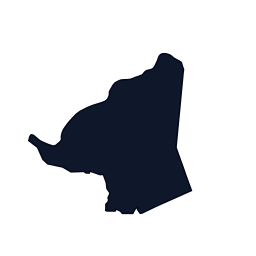 Avelino Lopes, Piauí, Brazil, rotated 206°
{"feature_id": "56859067B19976074520340", "entity_name": "Avelino Lopes", "entity_type": "district", "adm_level": 2, "iso_a3": "BRA", "parent_name": "Brazil", "parent_adm1": "Piauí", "projection": "mercator", "projection_center": [-43.895, -10.208], "detail": "fine", "context": "isolated", "style": "filled", "palette": "ink", "viewbox_px": 256, "rotation_deg": 206, "n_neighbors": 0, "source": "geoboundaries", "source_scale": "gbopen_adm2", "svg_char_len": 1707}
<svg xmlns="http://www.w3.org/2000/svg" viewBox="0 0 256 256"><g transform="rotate(206 128 128)"><path d="M211.7,73.2L200.8,71.0L190.7,62.5L184.4,60.6L169.7,64.3L160.0,63.6L153.0,67.3L148.7,69.6L146.0,69.2L143.1,70.5L143.2,72.6L132.8,73.8L129.8,75.4L123.6,69.5L120.3,64.3L115.7,61.7L115.5,60.2L115.3,58.9L115.5,57.5L115.1,56.1L114.2,55.4L113.8,54.4L113.6,53.2L113.6,52.0L114.4,50.6L114.2,49.0L113.2,47.3L112.4,45.5L111.9,44.2L110.8,44.1L103.2,47.7L103.2,49.9L98.3,50.0L95.6,48.8L86.3,53.3L86.0,59.1L84.5,60.8L83.7,58.9L79.6,56.7L78.4,57.4L77.0,59.1L68.5,69.9L51.9,89.7L43.6,99.6L46.0,101.9L54.7,110.3L61.1,116.7L66.6,122.0L76.3,131.5L88.1,163.0L88.7,164.7L102.9,202.4L103.4,204.1L103.9,205.2L104.7,205.9L106.4,207.6L107.9,209.3L108.8,210.2L110.0,210.5L111.4,210.6L113.0,210.7L114.5,210.7L118.1,211.0L120.4,211.7L122.1,211.9L123.2,211.9L124.6,211.7L125.7,211.5L126.9,211.2L128.1,210.6L129.2,210.0L130.1,209.3L131.0,208.0L131.4,206.3L131.4,205.1L131.0,201.4L130.9,196.1L131.3,192.8L132.8,190.7L136.1,188.0L137.1,186.6L137.6,185.2L138.4,181.9L140.2,180.1L141.4,178.7L142.5,177.7L143.9,176.4L144.6,175.4L145.9,174.1L146.9,173.0L149.1,171.5L152.2,169.9L154.6,168.5L155.6,167.8L157.5,165.6L159.3,163.0L160.1,160.3L160.6,153.5L160.5,152.3L159.8,150.8L159.1,149.1L158.9,146.0L159.3,143.8L160.4,141.8L163.1,138.9L169.6,132.8L173.7,128.2L178.4,121.9L180.5,117.8L182.0,113.3L183.8,107.0L184.4,104.1L184.6,102.7L184.9,101.1L185.3,98.3L185.2,95.7L184.8,93.6L184.2,91.1L182.9,89.0L182.7,87.7L182.8,86.4L183.3,85.1L184.3,82.9L185.2,80.8L187.1,79.0L191.0,78.4L192.5,78.2L198.3,77.9L201.9,78.0L209.9,80.0L212.0,79.5L212.4,78.1L212.4,76.7L211.8,74.3L211.7,73.2Z" fill="#0f172a" stroke="#020617" stroke-width="1.5"/></g></svg>